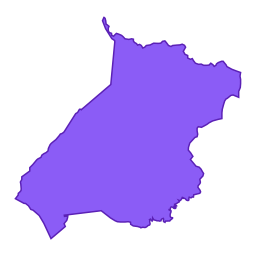 Kubang Pasu, Kedah, Malaysia (orthographic projection)
{"feature_id": "92858781B58701158776704", "entity_name": "Kubang Pasu", "entity_type": "district", "adm_level": 2, "iso_a3": "MYS", "parent_name": "Malaysia", "parent_adm1": "Kedah", "projection": "orthographic", "projection_center": [100.431, 6.377], "detail": "fine", "context": "isolated", "style": "filled", "palette": "violet", "viewbox_px": 256, "rotation_deg": 0, "n_neighbors": 0, "source": "geoboundaries", "source_scale": "gbopen_adm2", "svg_char_len": 3581}
<svg xmlns="http://www.w3.org/2000/svg" viewBox="0 0 256 256"><path d="M165.0,222.3L165.7,221.1L168.2,221.0L168.8,221.0L169.7,221.0L170.3,220.2L171.5,219.2L172.5,218.4L172.5,217.7L171.5,217.6L170.6,217.2L170.2,216.3L170.1,215.5L170.2,214.1L170.6,213.0L171.0,211.9L171.0,210.8L170.5,210.7L169.8,210.3L169.1,209.9L169.1,209.5L170.4,209.3L170.5,207.8L171.2,206.9L172.2,207.1L173.0,207.4L173.4,208.1L174.6,208.5L175.5,208.4L175.9,207.8L175.2,207.4L174.4,207.0L174.1,206.4L175.9,206.3L176.6,205.9L176.1,205.4L174.8,205.0L174.6,204.3L175.8,203.9L177.2,203.1L178.2,202.4L179.1,202.0L179.3,201.2L178.6,200.2L179.9,200.7L180.6,200.3L181.1,199.6L181.7,198.6L182.3,197.4L183.0,197.6L182.8,198.4L184.6,198.3L185.6,199.1L186.3,200.0L187.4,200.5L188.6,200.4L188.9,199.7L188.8,198.5L189.2,197.2L190.2,197.7L191.4,197.7L192.3,196.9L193.3,196.7L193.4,197.7L193.7,194.8L195.4,194.4L199.8,193.3L200.6,191.9L200.0,190.2L197.9,187.3L198.1,185.8L200.0,183.5L200.4,182.1L199.8,179.3L202.9,176.0L203.6,173.5L202.5,171.8L201.0,169.1L199.2,167.2L196.0,166.2L190.4,159.5L192.9,156.4L190.6,152.8L188.3,150.1L188.5,147.2L189.8,143.0L194.4,138.0L195.0,137.4L197.1,136.7L197.7,134.2L197.1,130.9L197.1,128.2L198.3,126.7L201.5,127.3L204.2,125.9L206.9,124.4L209.2,122.7L212.7,120.9L218.0,119.4L221.9,118.6L221.9,116.9L221.9,112.9L222.3,109.2L223.6,104.4L224.7,100.9L226.0,99.0L227.3,98.3L230.9,95.4L233.1,95.0L238.7,97.3L238.7,94.1L238.7,91.4L240.3,87.5L240.6,83.6L240.6,79.4L240.0,76.1L240.6,72.5L236.9,71.2L231.9,69.3L226.9,66.6L226.1,64.9L224.2,62.6L223.2,61.3L221.5,61.3L218.2,62.6L216.5,63.9L215.9,65.3L214.2,66.4L212.9,64.7L210.8,63.2L209.0,65.1L206.5,65.3L203.7,65.3L201.2,64.1L198.5,64.3L195.4,63.2L193.5,60.7L192.3,58.6L190.4,59.3L187.7,58.0L187.7,55.5L185.0,54.3L183.3,51.3L184.1,49.9L185.6,47.2L184.5,45.3L182.2,44.2L179.9,44.9L176.8,45.1L172.6,45.5L171.0,46.5L168.5,45.5L167.4,44.0L166.2,42.4L164.9,40.9L162.6,41.3L160.7,43.2L158.2,43.4L153.6,43.2L152.0,44.0L150.3,44.9L146.3,45.5L144.7,47.2L142.8,48.0L141.3,45.5L139.6,44.4L137.6,45.1L136.5,43.6L134.4,42.4L133.4,40.9L133.4,39.2L131.7,38.8L128.8,39.4L125.0,38.8L123.2,36.8L121.6,35.4L119.8,34.6L118.0,33.9L116.4,33.4L114.7,35.0L113.6,36.2L111.8,35.4L111.5,33.3L109.2,32.5L108.3,30.5L108.3,28.2L109.0,26.3L106.8,24.5L106.1,24.2L105.7,20.7L105.1,18.4L104.3,17.5L103.9,17.4L102.5,20.7L105.6,28.7L111.8,38.6L114.6,40.5L114.8,41.8L110.8,84.5L81.3,109.7L81.1,109.3L79.5,109.3L78.7,110.5L78.1,111.8L77.0,112.9L75.7,113.6L64.4,131.4L63.6,132.4L61.8,133.6L60.4,134.0L59.1,135.8L55.9,139.6L54.0,141.1L52.4,142.4L51.2,143.4L50.1,144.7L48.4,148.4L48.0,150.9L46.1,152.6L44.0,153.6L41.9,155.1L40.9,157.4L37.9,158.9L36.7,159.9L32.7,164.7L29.8,167.6L29.8,171.0L21.8,176.8L21.8,179.5L20.4,182.0L20.8,184.1L21.0,186.4L21.2,188.9L21.0,190.6L19.5,192.3L18.3,193.3L18.1,195.2L15.4,198.7L23.9,203.3L25.6,203.5L28.5,205.8L30.8,209.4L33.1,210.2L39.2,215.5L43.8,223.2L51.0,238.6L65.3,226.5L64.1,223.7L65.3,222.1L66.7,220.5L67.2,219.0L67.6,217.6L67.8,216.1L65.7,216.2L64.5,216.4L64.3,215.2L101.2,210.7L110.6,218.0L115.0,220.7L117.3,221.7L120.6,222.0L124.8,222.0L128.2,221.7L130.5,222.2L130.7,224.3L133.2,225.9L137.6,226.5L140.3,227.3L140.8,227.8L143.0,227.2L144.2,227.5L145.6,227.4L146.9,226.6L147.9,225.6L149.6,225.0L150.1,223.9L149.8,222.4L149.7,221.4L149.8,220.3L149.5,219.6L150.6,219.1L151.3,220.2L152.1,221.1L152.7,220.2L152.7,218.0L153.7,219.6L154.7,220.1L155.9,220.4L157.0,220.8L158.6,220.8L159.6,221.1L161.0,220.8L161.2,219.7L162.1,218.8L163.3,218.4L163.6,219.0L163.4,221.1L164.1,222.0L164.9,222.2L165.0,222.3Z" fill="#8b5cf6" stroke="#5b21b6" stroke-width="1.5"/></svg>